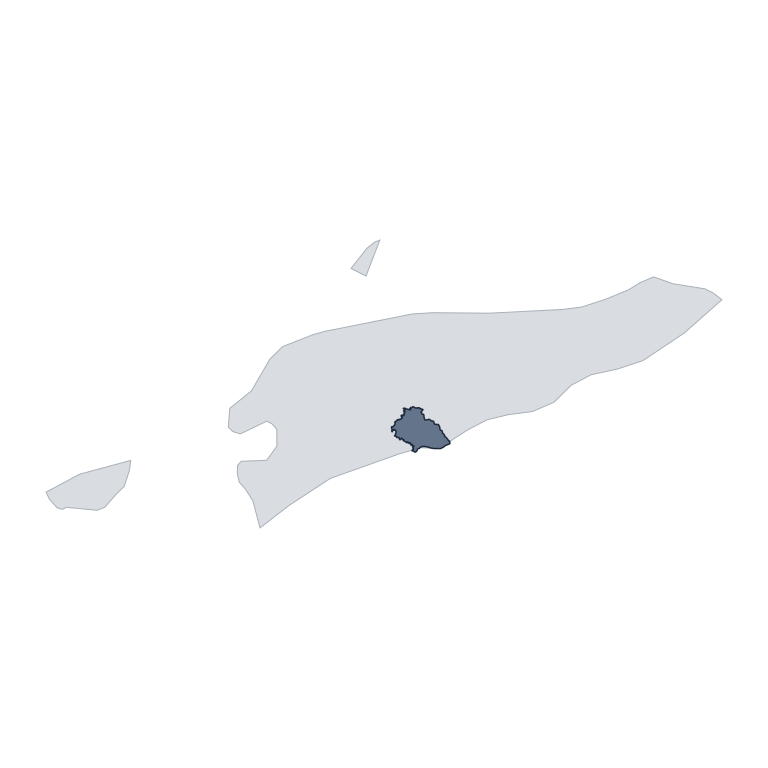 Alas, Manufahi, East Timor shown in context
{"feature_id": "22284137B36199594403094", "entity_name": "Alas", "entity_type": "district", "adm_level": 2, "iso_a3": "TLS", "parent_name": "East Timor", "parent_adm1": "Manufahi", "projection": "mercator", "projection_center": [125.842, -9.043], "detail": "fine", "context": "in_parent", "style": "filled", "palette": "slate", "viewbox_px": 768, "rotation_deg": 0, "n_neighbors": 0, "source": "geoboundaries", "source_scale": "gbopen_adm2", "svg_char_len": 6296}
<svg xmlns="http://www.w3.org/2000/svg" viewBox="0 0 768 768"><path d="M260.0,527.9L252.8,500.6L245.2,488.9L239.3,482.2L237.3,473.9L237.6,465.3L241.2,461.3L266.7,460.3L276.9,446.2L276.8,429.3L271.7,423.6L266.7,421.2L240.3,433.9L232.8,431.6L228.3,427.0L229.8,408.3L251.5,390.8L269.9,359.1L282.8,346.5L312.9,334.7L325.0,331.3L412.6,313.9L433.5,312.7L489.0,313.2L563.3,309.4L581.7,307.0L605.5,299.3L628.5,289.8L640.8,282.3L653.6,276.9L672.7,283.7L705.1,288.9L713.8,293.4L721.9,299.7L684.3,333.0L643.0,360.6L617.5,369.0L591.2,374.7L571.1,385.3L554.2,402.1L532.5,411.5L508.1,414.7L487.3,419.7L468.3,429.5L442.0,446.4L431.4,448.1L420.1,447.7L398.3,454.2L330.5,478.3L289.5,505.1L260.0,527.9ZM46.1,492.1L79.6,474.2L130.7,460.4L129.4,470.5L124.2,486.4L116.4,493.9L104.8,507.3L97.1,510.3L66.4,507.3L62.5,509.3L57.2,507.9L49.4,499.2L46.1,492.1ZM379.8,240.1L366.0,276.1L351.0,268.4L367.0,248.2L374.6,242.2L379.8,240.1Z" fill="#d9dde1" stroke="#a8b0b8" stroke-width="1"/><path d="M449.9,443.6L449.8,443.0L449.8,442.8L449.8,442.7L449.7,442.2L449.7,441.9L449.5,441.7L449.7,441.4L449.4,441.1L449.0,441.0L448.8,440.7L448.5,440.5L448.4,440.3L447.7,439.5L447.6,439.2L447.3,438.9L447.0,438.6L446.2,437.4L444.7,436.5L444.6,435.8L444.5,435.6L444.6,435.4L444.5,435.0L443.4,433.8L442.6,433.2L442.5,432.2L442.0,430.7L441.9,430.7L441.6,430.5L440.7,430.3L440.5,430.2L440.2,429.9L440.1,429.2L439.9,428.9L439.9,428.3L439.7,427.3L439.7,427.0L439.7,426.9L439.5,426.5L439.3,426.2L439.0,425.6L438.7,425.3L438.6,424.8L438.4,424.5L436.4,424.4L436.0,424.4L435.5,424.3L435.1,424.3L434.9,424.3L434.7,424.2L434.2,423.5L433.9,422.4L433.7,421.5L433.1,421.1L431.3,420.9L430.0,419.7L429.5,419.4L429.2,419.3L428.8,419.3L427.4,419.8L426.5,419.8L426.2,419.9L425.7,420.0L425.1,420.0L424.9,419.8L424.7,419.6L424.6,419.3L424.1,417.2L423.9,416.3L423.9,415.8L423.9,415.2L423.7,414.6L423.4,414.3L423.2,414.2L422.5,414.3L422.4,414.3L422.2,414.2L421.9,413.9L421.5,413.4L421.5,413.2L421.6,412.7L421.3,412.4L421.2,412.3L421.2,412.0L421.4,411.6L421.9,411.2L422.3,410.6L422.8,409.9L422.9,409.6L422.4,409.3L422.0,409.2L421.8,409.1L421.2,409.2L421.0,408.8L420.1,408.5L419.9,408.2L419.5,408.1L419.3,407.8L419.0,407.7L418.7,407.8L418.2,407.9L417.6,407.9L417.4,408.1L416.9,408.0L416.9,407.9L416.7,407.9L416.1,408.0L415.6,408.0L415.1,407.8L414.1,407.1L413.8,407.0L413.6,406.9L413.0,406.8L412.4,406.9L412.3,407.0L412.2,407.3L412.0,407.6L411.8,407.7L411.1,407.9L410.7,407.7L410.7,407.8L410.7,408.4L410.6,408.6L410.0,408.5L409.8,408.6L409.7,408.8L409.7,409.1L410.2,409.7L409.2,409.7L408.2,409.4L406.8,409.0L406.0,409.3L405.5,408.9L405.4,408.4L405.2,408.3L404.9,408.2L403.5,408.3L403.4,408.4L403.6,408.6L404.0,408.9L404.1,409.0L404.0,409.3L404.1,409.6L404.1,409.8L404.0,410.1L404.3,410.3L404.4,410.9L404.6,411.0L404.3,411.1L404.5,411.2L404.5,411.4L404.2,411.7L404.5,412.0L404.4,412.1L404.2,412.2L404.3,412.5L404.4,412.9L404.3,413.2L404.4,413.3L404.5,413.3L404.4,413.6L404.1,413.6L403.8,414.6L403.6,414.6L403.6,414.8L403.8,415.2L403.9,415.4L403.6,415.5L403.5,415.4L403.3,415.5L403.1,415.5L402.8,415.8L402.8,415.6L402.7,415.5L402.3,415.7L402.1,415.5L402.0,415.4L401.8,415.1L401.6,415.2L401.5,415.4L401.1,415.8L401.2,416.1L401.5,416.3L401.7,416.7L401.6,417.0L402.0,417.2L402.1,417.4L402.0,417.9L401.9,418.3L401.6,418.3L401.5,418.6L400.7,419.1L400.5,419.3L400.4,419.3L400.0,419.2L399.6,419.6L399.4,419.5L399.1,419.6L398.4,419.5L398.1,419.6L397.9,419.8L397.7,419.8L397.7,420.1L397.4,420.2L397.2,420.2L397.0,420.3L396.8,420.4L396.7,420.4L396.7,420.5L396.5,420.8L396.4,421.0L396.1,421.3L395.9,421.4L395.7,421.5L395.4,421.5L395.2,421.9L394.8,422.2L394.9,422.4L394.9,423.1L395.0,423.4L395.1,423.6L395.1,423.9L395.0,424.3L394.9,424.6L393.9,425.7L393.6,426.3L393.5,426.5L393.3,426.6L393.1,426.7L392.6,426.8L392.4,426.6L391.9,426.7L391.7,426.8L391.5,427.2L391.6,427.6L391.5,428.2L391.9,428.8L392.0,429.6L392.0,429.8L391.9,430.1L391.8,430.3L391.9,430.8L391.9,431.6L392.1,431.7L392.3,431.3L392.3,430.8L392.5,430.7L392.7,430.3L392.8,430.2L392.9,430.3L393.0,430.4L393.3,430.1L393.5,430.3L393.8,430.1L393.9,429.7L394.1,429.6L394.3,429.6L394.4,429.8L394.5,429.8L394.7,429.7L394.8,429.7L395.0,429.7L395.2,429.9L395.1,430.1L395.1,430.3L395.7,430.7L395.9,430.8L395.8,431.1L396.0,431.7L396.0,432.0L396.1,432.6L396.0,432.9L395.6,433.4L395.6,433.7L395.6,434.0L395.6,434.3L395.2,434.9L394.8,435.3L394.7,435.4L394.6,435.7L394.7,435.9L394.9,436.1L395.1,436.2L395.9,436.3L396.4,436.7L396.8,436.8L396.9,437.4L396.9,437.5L397.5,437.5L397.8,437.5L398.2,437.6L398.8,437.5L399.0,437.6L399.5,438.0L399.3,438.5L399.6,439.6L400.1,439.7L400.6,439.5L401.0,439.1L401.3,438.4L401.5,438.3L402.1,438.4L402.5,438.9L402.8,439.6L402.8,439.8L403.0,439.9L403.2,439.7L403.6,439.7L403.6,439.8L403.4,440.0L403.5,440.6L403.8,440.9L404.6,441.2L405.3,441.6L405.8,441.8L405.9,442.1L406.4,442.3L406.5,442.5L407.1,442.2L407.1,442.3L407.2,442.5L407.4,442.4L407.6,442.5L407.6,442.4L407.8,442.4L408.0,442.2L408.3,442.3L408.8,442.5L409.0,443.0L409.2,442.8L409.3,442.9L409.3,443.0L409.5,443.1L409.7,442.9L409.9,442.9L409.8,443.2L409.9,443.6L410.2,443.8L410.3,443.8L410.4,443.6L410.5,443.6L410.6,443.8L410.5,444.0L410.9,444.4L411.0,444.5L411.1,444.8L411.3,444.4L411.6,444.4L411.6,444.5L411.6,444.8L411.8,444.8L412.1,444.7L412.1,444.8L412.1,445.2L412.2,445.3L412.4,445.4L412.6,445.4L412.8,445.6L413.1,446.0L413.3,446.1L413.6,445.9L413.7,446.0L413.9,446.2L413.9,446.3L413.5,446.5L413.3,446.7L413.2,446.7L413.1,446.8L413.1,447.1L412.8,447.0L412.7,447.1L412.7,447.3L412.9,447.5L412.9,447.8L413.1,448.0L413.3,447.9L413.4,448.1L413.5,448.3L413.3,448.9L413.4,449.2L413.3,449.5L413.2,449.6L412.9,449.3L412.7,449.4L412.4,449.7L412.2,450.9L412.6,450.9L413.4,451.0L413.8,451.2L414.0,451.3L414.2,451.6L414.6,452.0L414.9,452.1L415.2,452.1L415.7,451.9L416.1,451.7L416.7,451.1L416.9,450.8L417.3,449.7L417.6,449.1L417.8,449.0L418.2,448.7L418.7,448.6L418.9,448.5L419.2,448.4L419.8,447.8L420.2,447.5L420.6,447.2L421.2,446.9L422.0,446.6L422.0,446.4L422.1,446.6L422.7,446.4L423.8,446.5L424.5,446.5L425.3,446.5L425.9,446.7L426.4,446.7L427.5,447.0L430.6,447.9L432.6,448.3L433.9,448.5L435.5,448.6L437.0,448.5L437.5,448.5L438.0,448.6L438.5,448.6L439.0,448.6L439.6,448.6L440.4,448.6L441.1,448.4L441.4,448.2L442.4,447.6L442.9,447.4L443.7,446.9L445.0,445.9L445.7,445.4L448.7,444.2L449.9,443.6Z" fill="#64748b" stroke="#1e293b" stroke-width="1.5"/></svg>